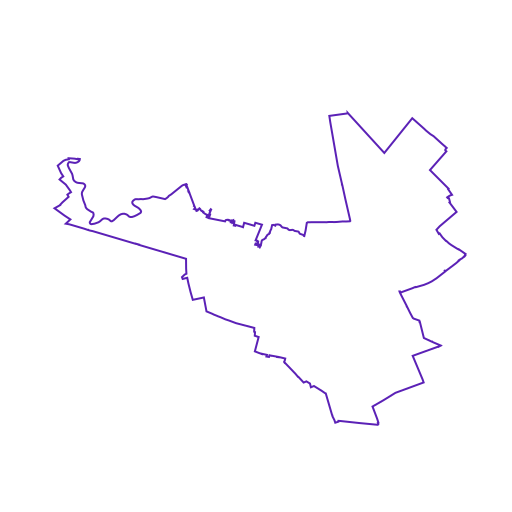 outline of Stichtse Vecht, Utrecht, Netherlands, rotated 277°
{"feature_id": "6326949B24894131059498", "entity_name": "Stichtse Vecht", "entity_type": "district", "adm_level": 2, "iso_a3": "NLD", "parent_name": "Netherlands", "parent_adm1": "Utrecht", "projection": "albers", "projection_center": [5.022, 52.203], "detail": "fine", "context": "isolated", "style": "outline", "palette": "violet", "viewbox_px": 512, "rotation_deg": 277, "n_neighbors": 0, "source": "geoboundaries", "source_scale": "gbopen_adm2", "svg_char_len": 5974}
<svg xmlns="http://www.w3.org/2000/svg" viewBox="0 0 512 512"><g transform="rotate(277 256 256)"><path d="M404.0,311.7L397.9,313.4L355.5,326.2L338.2,332.5L337.4,332.6L337.4,332.8L336.4,333.2L323.5,337.7L304.2,344.7L302.3,345.3L301.9,345.0L301.2,341.1L300.9,338.0L299.7,332.4L299.3,330.2L298.7,324.5L298.1,321.8L296.4,307.8L295.8,303.3L295.1,302.4L287.3,302.1L281.7,301.5L281.8,301.0L282.4,300.7L282.7,300.1L283.4,296.9L283.8,296.4L284.8,295.8L285.4,295.1L285.6,291.3L286.3,289.9L286.4,289.3L286.4,288.8L286.0,287.5L285.8,286.2L285.9,285.7L286.1,285.1L287.2,283.8L287.6,278.8L288.0,278.1L289.5,276.5L290.0,274.9L290.0,273.7L289.5,271.5L288.5,271.4L289.0,269.5L288.6,268.2L284.4,267.8L283.3,267.3L281.2,266.8L280.7,267.0L280.5,266.9L280.5,266.5L279.5,266.3L278.7,265.1L277.8,264.4L277.3,264.3L276.2,263.6L275.0,263.4L275.0,263.1L273.9,262.3L272.6,260.3L272.2,260.0L271.6,259.8L268.4,259.6L267.9,259.4L267.3,259.6L265.1,258.7L265.4,258.4L267.4,259.2L267.7,259.1L267.1,258.4L266.9,257.9L265.6,257.3L265.6,257.2L266.1,257.3L267.2,257.9L267.7,258.4L267.8,256.7L267.0,256.8L266.9,256.5L267.1,253.8L268.3,254.1L268.1,255.9L270.2,256.1L270.1,256.4L270.6,256.4L270.7,255.4L271.3,255.4L271.5,253.7L287.8,258.1L288.9,251.3L285.8,250.7L286.5,246.4L286.6,246.2L286.6,245.9L287.5,240.2L283.0,239.6L283.3,238.4L284.0,234.1L284.2,233.1L284.4,232.2L284.4,231.7L283.5,231.7L283.6,230.2L287.9,230.4L288.1,229.5L287.8,229.1L288.8,229.0L288.7,228.8L288.3,228.6L286.0,228.6L285.9,228.4L286.5,228.2L286.4,227.8L286.4,226.8L288.2,226.8L287.9,225.5L288.4,225.0L288.5,224.3L288.2,224.2L288.5,223.4L288.1,221.9L287.6,221.4L286.6,221.1L287.8,204.6L291.6,205.4L291.8,204.5L295.6,205.5L295.6,205.3L296.6,205.8L296.9,205.4L295.7,204.7L295.6,205.3L288.3,203.6L288.5,202.2L290.9,202.6L291.1,201.9L291.2,201.4L291.5,200.6L292.8,198.2L293.5,198.4L294.2,197.0L294.0,196.6L294.7,195.6L295.8,194.9L296.4,194.0L294.4,192.7L294.7,192.2L293.8,192.1L293.5,191.4L294.7,190.8L295.1,188.9L296.3,189.7L297.5,189.1L298.0,188.4L298.3,188.6L310.2,182.4L310.4,182.2L310.8,181.7L311.1,182.0L311.8,181.6L312.3,180.8L312.7,181.1L316.7,179.0L316.0,178.5L316.7,178.1L316.9,178.2L317.5,177.5L318.5,178.5L318.9,178.1L318.5,177.0L318.1,176.6L317.7,175.3L316.7,173.9L306.8,164.3L305.0,162.1L304.0,161.6L302.4,160.1L301.4,158.8L302.3,150.2L302.5,147.2L302.5,146.4L302.1,145.5L300.5,143.2L299.8,141.3L298.6,137.0L298.5,134.8L298.0,132.5L297.8,130.0L297.6,129.2L297.1,128.5L295.9,127.3L294.8,126.7L293.7,126.7L292.8,127.2L291.9,128.1L291.1,129.4L289.7,132.7L289.0,134.0L287.7,135.6L286.4,136.5L285.2,136.4L284.6,136.0L282.3,133.0L280.7,130.5L279.7,128.4L279.5,127.4L279.4,126.4L279.7,125.2L281.1,123.3L281.6,121.9L281.9,120.1L281.6,118.4L280.9,116.7L279.6,115.0L278.3,113.8L274.2,110.4L272.9,108.8L272.8,108.2L272.9,107.6L274.2,105.7L274.7,104.2L274.9,102.2L274.7,100.5L274.3,99.7L273.8,99.0L271.4,96.9L270.3,95.6L268.4,91.8L267.5,88.7L267.7,87.8L268.2,87.3L268.7,87.0L269.3,86.9L275.5,89.7L277.3,89.8L278.8,89.3L279.4,88.7L279.8,87.1L281.9,82.8L282.9,81.6L283.9,80.9L285.5,80.4L290.1,77.9L295.8,75.7L297.0,75.5L298.2,75.6L299.8,76.2L303.3,77.8L304.4,78.0L305.4,77.8L306.3,77.0L306.9,75.9L307.0,75.2L306.9,70.6L307.0,69.4L307.5,67.9L308.6,66.2L309.8,65.3L313.6,64.1L315.2,63.4L320.6,59.5L322.9,58.2L323.8,58.0L324.9,58.2L325.8,58.6L326.4,59.0L326.5,60.0L326.3,64.4L326.4,65.3L326.7,66.2L327.4,67.5L328.6,68.8L329.8,69.3L330.8,69.3L330.8,67.5L330.3,67.5L330.5,64.1L330.2,58.1L329.2,58.4L328.3,55.4L327.0,53.3L321.5,48.2L314.6,52.4L311.5,55.0L309.8,53.0L308.0,51.7L303.7,58.5L298.5,63.3L296.8,64.6L295.1,62.5L293.9,61.3L291.9,62.8L285.6,57.3L283.0,55.4L282.7,55.5L278.8,50.2L272.8,61.0L269.7,67.3L264.9,63.3L264.7,66.8L264.4,68.7L262.2,82.0L261.4,85.9L261.5,86.3L261.3,86.4L261.0,88.2L260.8,90.8L253.4,135.1L253.6,135.1L253.1,138.4L252.8,138.3L252.7,139.0L244.7,186.9L234.9,188.2L229.9,189.1L228.9,187.5L226.0,185.1L224.3,186.0L226.0,190.4L220.7,192.2L212.1,195.5L204.8,198.6L207.6,206.8L208.5,209.3L195.0,213.6L193.3,219.7L192.7,221.3L191.9,224.4L191.6,225.3L190.9,228.3L189.4,233.3L188.7,236.9L186.9,244.4L184.4,263.1L180.6,263.4L180.4,263.6L180.3,264.3L176.7,264.5L175.9,268.5L161.2,266.5L159.9,271.6L159.7,273.6L159.4,273.6L159.3,274.4L159.6,274.5L159.2,278.9L157.5,278.6L157.4,281.2L159.1,281.5L158.9,282.7L159.0,282.7L158.6,289.7L158.3,289.6L158.3,291.2L158.5,291.2L158.3,293.1L157.8,297.5L155.7,297.3L154.3,296.8L153.6,297.4L153.7,297.5L143.9,309.5L141.1,312.5L141.2,312.8L136.2,318.7L137.7,321.3L136.0,325.1L132.4,326.5L134.0,329.4L130.1,337.8L128.3,341.2L128.1,342.0L107.4,350.9L107.2,351.2L106.1,351.5L102.7,353.8L100.2,355.0L101.6,358.0L102.4,357.9L102.5,359.2L102.8,379.0L103.3,397.4L104.0,397.9L105.2,397.3L105.5,397.8L109.2,396.1L120.8,390.0L128.3,400.0L137.2,411.1L150.9,437.8L153.6,436.5L176.0,423.7L188.0,447.4L188.0,448.1L188.4,448.5L189.4,450.0L189.6,449.5L189.8,449.8L191.9,442.5L192.3,441.4L192.5,441.3L192.4,440.9L195.1,432.6L210.5,426.7L210.4,426.4L211.8,426.0L213.1,420.1L213.3,419.9L213.6,419.2L218.3,415.9L223.8,412.3L223.9,412.0L224.2,411.8L224.4,411.9L224.9,411.6L235.1,404.7L236.9,403.5L237.0,403.7L238.3,402.8L238.4,403.2L237.5,403.8L237.7,404.6L243.1,415.2L244.3,417.2L244.7,418.1L244.5,418.4L247.8,426.2L250.0,430.2L252.2,433.5L256.0,438.0L263.7,445.7L264.0,445.5L264.0,445.8L264.3,446.0L264.5,445.9L264.5,446.1L264.4,446.3L273.4,455.6L276.3,458.2L276.5,457.9L277.0,458.4L279.0,461.1L281.1,462.7L280.9,463.0L282.0,463.7L282.2,463.4L282.5,463.3L283.5,463.8L287.3,456.6L287.1,456.5L287.8,454.7L290.7,448.5L292.0,446.1L294.2,443.0L294.1,442.7L297.3,438.7L300.8,435.5L300.2,434.8L304.0,431.9L307.9,434.7L324.2,449.7L332.7,441.5L333.1,442.0L336.8,440.5L336.8,439.3L337.5,438.6L338.4,439.6L339.4,440.8L340.2,442.2L340.6,443.1L345.8,438.5L346.3,438.9L362.5,418.2L383.1,432.2L383.8,431.2L384.2,430.9L384.9,431.0L386.5,432.1L390.1,426.8L396.6,417.6L398.2,414.2L401.2,409.5L402.7,407.5L411.8,394.3L373.9,370.8L409.2,329.6L408.8,329.7L408.7,329.5L404.0,311.7Z" fill="none" stroke="#5b21b6" stroke-width="2"/></g></svg>